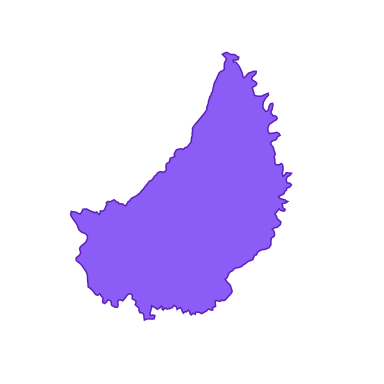 Campo Belo do Sul, Santa Catarina, Brazil, rotated 30°
{"feature_id": "56859067B89266600210620", "entity_name": "Campo Belo do Sul", "entity_type": "district", "adm_level": 2, "iso_a3": "BRA", "parent_name": "Brazil", "parent_adm1": "Santa Catarina", "projection": "natural_earth1", "projection_center": [-50.775, -27.822], "detail": "fine", "context": "isolated", "style": "filled", "palette": "violet", "viewbox_px": 384, "rotation_deg": 30, "n_neighbors": 0, "source": "geoboundaries", "source_scale": "gbopen_adm2", "svg_char_len": 5808}
<svg xmlns="http://www.w3.org/2000/svg" viewBox="0 0 384 384"><g transform="rotate(30 192 192)"><path d="M286.8,198.5L285.8,196.6L284.6,194.4L283.7,192.1L284.8,190.5L285.3,188.5L284.1,186.6L282.4,184.9L280.1,184.1L281.5,181.5L283.4,180.1L284.2,177.7L284.8,175.9L284.0,173.6L282.1,173.0L280.1,172.9L278.4,171.9L277.0,170.6L274.8,169.6L275.4,166.1L275.8,163.0L277.5,163.6L279.7,163.2L281.5,162.3L281.5,160.5L279.9,160.4L278.4,160.1L277.2,158.5L276.0,157.1L277.3,155.6L278.9,154.3L279.7,152.3L278.2,152.7L276.6,152.3L275.1,152.7L273.3,153.2L271.4,153.6L269.3,152.9L270.7,150.4L272.0,148.6L272.5,146.9L272.0,145.1L272.9,143.2L272.0,141.2L274.1,139.1L274.6,136.1L272.3,135.4L270.1,136.5L268.2,135.3L267.1,133.3L266.9,131.0L268.0,129.6L268.7,127.8L268.8,126.0L266.5,127.0L263.9,128.2L263.9,130.5L263.0,132.9L261.4,131.5L260.5,129.5L259.5,126.8L258.1,124.6L256.9,123.2L255.0,122.7L253.9,124.7L251.4,126.4L249.7,125.8L248.4,124.0L246.8,121.6L245.5,120.4L245.2,117.7L243.8,116.2L242.3,115.1L241.0,113.5L239.3,112.3L237.1,111.6L235.5,110.0L236.1,107.5L238.2,105.3L238.8,103.7L238.4,101.3L240.0,98.9L238.1,97.8L235.5,97.9L234.2,99.4L232.3,100.8L230.0,102.6L227.6,101.5L226.6,100.2L225.4,97.7L225.2,94.6L226.0,93.0L226.8,91.3L227.6,89.4L228.8,87.6L229.1,85.8L227.2,84.4L225.6,84.6L224.1,85.5L222.5,84.7L221.1,84.4L220.2,82.5L220.1,80.3L219.4,78.4L218.6,76.2L217.5,74.9L215.9,76.2L215.8,78.9L216.8,81.9L217.1,83.9L215.5,85.3L213.6,84.6L211.8,83.9L210.6,82.4L209.7,80.5L208.9,78.7L208.9,76.3L208.7,74.5L209.3,72.1L209.8,69.8L208.5,68.4L207.2,70.2L205.8,72.0L204.3,74.2L201.7,75.8L199.2,76.8L197.3,76.9L195.7,74.8L193.6,73.2L192.1,71.1L192.9,69.4L194.0,67.8L193.9,65.5L191.6,64.8L189.4,64.8L187.7,64.7L186.6,63.1L187.2,60.8L188.2,57.6L187.3,55.3L185.0,56.6L183.8,58.2L181.9,60.2L181.0,62.6L180.7,64.8L180.0,67.0L178.5,66.8L177.3,65.2L175.7,63.7L174.4,62.6L172.8,61.4L170.7,60.0L168.9,59.1L167.4,58.5L165.1,57.7L163.0,58.7L161.7,57.4L163.8,55.9L165.8,54.0L165.1,51.8L163.6,52.1L162.0,51.8L160.4,51.6L158.8,52.4L157.3,53.2L155.8,53.7L154.0,53.5L151.9,53.9L150.3,56.0L149.4,57.6L151.9,58.3L154.0,58.8L155.4,59.7L155.5,61.7L155.6,64.1L156.7,66.3L157.6,68.0L158.7,69.6L157.8,71.7L156.5,73.5L156.0,75.2L156.2,77.7L156.4,80.1L156.7,82.0L156.7,84.0L156.9,86.7L157.8,89.5L158.5,91.8L159.5,94.5L159.5,96.8L160.0,98.6L159.8,100.7L160.4,102.4L160.6,104.5L161.7,106.8L162.1,109.2L162.4,111.1L163.6,113.2L163.5,115.9L163.3,118.0L161.8,126.9L160.6,133.6L160.5,136.5L161.7,138.2L162.8,141.1L164.2,143.3L164.3,145.1L165.4,147.2L166.2,149.2L165.9,151.5L165.6,153.7L165.2,155.7L163.6,157.4L163.1,159.9L161.2,159.7L159.2,161.4L157.4,163.3L157.4,166.3L157.6,168.2L159.3,169.5L158.1,171.6L156.3,173.5L156.7,175.6L157.6,177.2L156.5,178.7L155.8,180.8L157.0,183.6L158.5,185.1L158.4,187.5L157.7,189.0L155.9,189.6L154.0,190.5L152.5,193.0L152.7,194.8L151.8,196.6L151.6,199.3L151.2,202.0L149.7,203.8L149.3,206.8L149.0,208.7L148.6,211.6L148.4,214.3L147.7,216.0L147.6,218.1L146.9,220.2L145.9,222.9L144.3,225.3L142.9,227.4L142.5,229.2L142.3,231.0L141.5,232.6L141.6,234.9L141.7,236.7L140.0,237.4L138.1,237.0L136.1,237.9L134.6,238.6L133.2,237.8L131.8,238.5L129.9,237.9L128.3,237.7L127.3,239.5L126.0,241.3L123.9,242.2L123.1,244.2L124.4,245.2L124.6,248.0L125.2,250.8L124.3,253.1L122.2,254.1L122.8,256.0L123.0,257.8L121.2,257.7L119.4,256.9L118.2,258.6L115.8,258.7L114.3,259.2L112.0,259.3L109.2,259.4L107.6,260.4L106.1,261.6L106.5,264.3L106.2,266.9L104.5,267.3L103.0,267.5L101.1,267.5L99.3,268.5L97.2,269.1L97.7,271.3L99.0,273.0L101.3,274.3L103.4,275.3L105.4,276.1L107.0,276.8L108.7,277.8L110.2,278.9L111.4,280.1L112.9,281.2L114.6,281.7L117.0,282.0L119.4,281.5L121.2,281.5L123.2,282.2L124.8,284.7L125.1,287.3L124.9,289.4L124.1,291.4L123.4,293.4L122.8,295.2L122.9,297.0L123.9,298.3L125.3,299.5L126.2,301.2L126.0,303.5L125.1,305.5L124.6,307.2L126.1,309.2L129.1,309.7L131.1,310.0L132.8,310.4L134.7,311.3L136.8,312.3L139.0,313.4L140.8,314.4L142.6,315.9L143.9,317.7L145.1,319.8L146.7,322.0L148.2,324.0L149.5,326.1L151.7,326.3L153.5,326.7L155.4,327.0L156.9,327.7L158.8,328.7L160.8,329.0L162.3,328.2L163.0,326.4L164.6,327.0L166.5,327.9L168.3,328.6L168.9,330.7L169.9,332.2L172.0,332.4L173.0,330.1L172.9,328.0L174.3,327.1L176.6,327.0L177.9,329.2L179.2,330.3L180.8,330.3L182.7,330.3L185.0,329.2L184.8,327.3L183.3,325.3L182.2,322.8L183.8,321.3L186.4,320.9L186.9,318.2L187.4,316.3L187.4,314.2L188.1,312.1L189.5,310.9L191.8,311.1L192.6,312.6L193.6,314.4L195.3,314.4L197.4,314.2L198.7,315.5L199.2,318.0L201.1,318.5L202.6,318.7L204.2,319.0L205.2,321.0L207.2,322.6L209.7,321.5L211.6,322.4L213.0,324.4L214.8,326.7L216.0,325.2L217.3,323.8L219.5,322.7L221.2,321.9L222.6,320.7L221.7,317.6L219.3,318.2L217.7,319.9L216.4,318.3L215.9,316.4L215.3,314.6L215.0,312.5L213.9,310.7L215.9,310.6L218.4,310.6L220.5,311.0L222.1,308.4L222.2,306.4L223.7,306.2L224.6,308.4L226.1,308.6L226.5,306.1L229.1,305.8L231.0,304.0L232.9,301.7L232.9,299.4L235.0,299.2L236.5,299.7L237.8,301.2L238.7,299.4L240.0,298.0L241.7,298.8L243.1,300.1L245.0,301.3L245.9,299.2L247.3,298.3L247.9,296.0L249.8,296.8L251.3,298.5L252.9,298.8L253.5,296.5L256.0,296.2L255.3,294.1L257.0,293.2L258.8,292.6L260.9,292.6L262.0,291.4L262.8,289.5L263.9,288.4L264.6,285.1L267.1,284.8L268.9,284.1L267.9,281.5L269.6,279.3L268.4,277.5L267.1,275.8L267.0,274.0L268.8,273.4L270.9,272.7L271.5,271.1L272.9,270.7L274.5,269.4L275.2,267.2L275.4,265.3L276.0,263.1L276.6,260.6L276.6,258.3L275.4,256.8L274.0,255.7L272.5,254.2L271.0,253.2L269.3,252.9L267.5,252.4L264.3,251.0L265.2,248.6L264.9,245.7L264.6,243.7L265.2,241.8L266.4,240.1L266.8,238.0L267.5,236.2L269.1,235.1L270.4,233.8L271.8,232.3L272.5,230.7L273.3,228.5L274.2,227.2L275.1,224.3L277.1,221.9L278.5,220.2L278.1,217.6L277.8,215.4L279.3,214.2L278.9,211.4L279.8,209.4L281.3,207.0L283.6,205.5L285.2,203.6L286.5,201.8L286.8,198.5Z" fill="#8b5cf6" stroke="#5b21b6" stroke-width="1.5"/></g></svg>